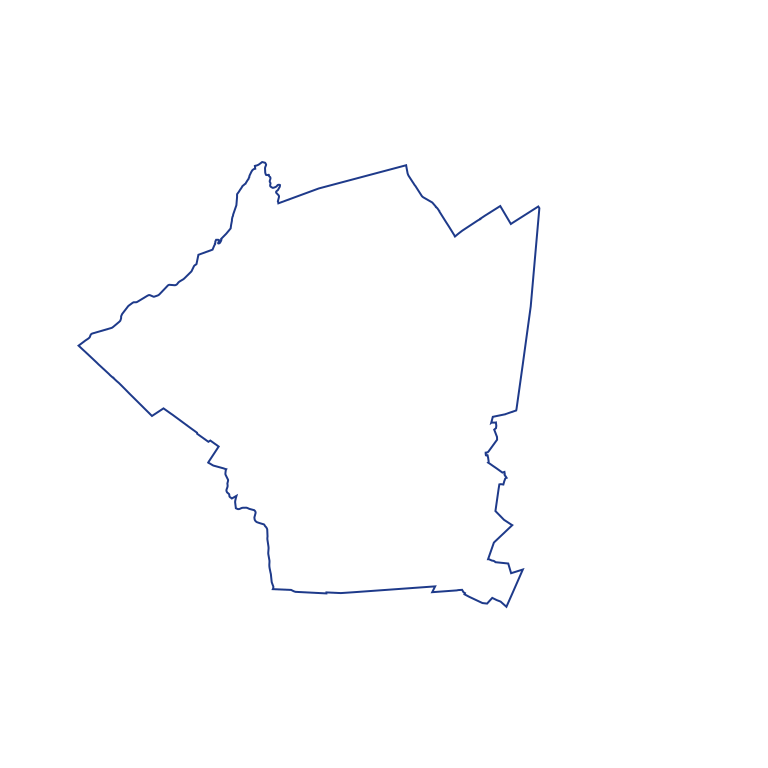 outline of Coevorden, Drenthe, Netherlands, rotated 145°
{"feature_id": "6326949B84902170380829", "entity_name": "Coevorden", "entity_type": "district", "adm_level": 2, "iso_a3": "NLD", "parent_name": "Netherlands", "parent_adm1": "Drenthe", "projection": "equal_earth", "projection_center": [6.762, 52.753], "detail": "fine", "context": "isolated", "style": "outline", "palette": "blue", "viewbox_px": 768, "rotation_deg": 145, "n_neighbors": 0, "source": "geoboundaries", "source_scale": "gbopen_adm2", "svg_char_len": 5986}
<svg xmlns="http://www.w3.org/2000/svg" viewBox="0 0 768 768"><g transform="rotate(145 384 384)"><path d="M240.4,550.5L325.3,581.6L366.9,592.6L366.6,593.2L366.4,593.6L366.2,594.5L363.0,597.2L362.4,597.9L362.2,598.4L362.1,599.0L362.5,601.8L362.6,602.3L362.5,602.8L362.3,603.1L362.0,603.4L361.4,603.6L359.8,603.7L359.2,603.9L357.9,604.6L356.7,605.1L356.0,605.6L355.1,606.6L355.2,606.9L355.6,607.3L356.2,607.7L356.7,607.9L357.3,607.9L358.7,607.5L359.1,607.5L360.9,607.8L362.1,608.2L362.5,608.4L362.8,608.7L363.6,610.5L363.7,611.0L363.6,611.6L363.4,611.9L362.8,612.6L362.2,613.1L362.0,613.3L361.7,614.0L361.6,615.2L361.3,615.6L360.9,616.1L359.3,617.3L358.9,617.8L358.6,618.5L358.6,618.9L358.8,619.6L358.9,620.0L358.8,620.3L358.7,620.7L358.4,621.2L358.4,621.4L358.6,621.6L359.7,622.0L360.2,622.4L360.7,623.0L360.6,623.6L360.1,625.2L357.7,629.0L357.0,629.7L355.3,630.8L354.9,631.1L354.7,631.4L354.6,632.0L354.5,633.2L354.5,633.4L354.8,633.8L356.5,635.7L359.8,635.6L361.0,635.6L362.5,635.9L363.5,636.2L364.0,636.5L364.7,636.7L366.0,634.2L367.0,634.6L367.5,634.7L368.6,634.7L369.3,634.6L370.9,633.9L374.5,631.9L374.7,631.7L375.3,631.3L375.8,630.6L377.0,630.1L377.3,629.7L377.8,629.5L378.3,629.4L379.6,628.9L380.4,628.5L381.5,628.1L382.5,627.5L383.2,627.6L385.0,627.4L386.5,627.3L387.0,627.0L389.3,626.0L389.8,625.9L392.9,624.6L395.1,623.9L395.5,623.7L396.1,622.9L397.0,621.6L398.4,619.9L402.4,615.1L410.4,609.3L411.2,608.4L412.4,607.7L414.2,606.0L414.9,605.0L418.0,602.0L420.4,599.4L427.0,597.6L434.0,596.3L434.0,596.0L434.2,595.7L435.1,594.9L436.4,594.2L437.7,593.7L438.1,593.7L438.9,594.0L439.1,594.2L439.1,594.5L438.1,595.2L437.2,595.4L436.5,595.8L436.3,596.0L436.9,596.5L437.0,597.1L437.3,597.4L438.8,598.4L439.4,598.1L440.5,597.4L441.1,596.5L442.1,595.9L442.1,595.5L443.6,594.8L447.4,592.4L461.9,596.3L468.4,590.2L468.6,589.9L469.7,589.7L471.0,589.8L471.9,589.6L472.3,589.4L477.1,586.7L487.1,585.0L488.2,584.9L492.2,585.2L493.2,585.2L494.2,585.1L496.1,584.5L496.8,584.4L497.7,584.5L498.6,584.8L499.1,585.2L502.7,588.2L503.0,588.4L503.5,588.6L504.1,588.7L504.9,588.6L516.9,586.2L517.8,586.2L518.6,586.3L521.7,587.2L522.1,587.3L522.6,587.6L522.9,588.0L524.7,590.9L525.3,591.5L525.9,591.8L526.6,591.9L527.2,592.0L539.0,592.8L539.5,592.9L540.1,593.1L542.1,594.5L542.7,594.6L543.2,594.7L547.9,594.6L548.9,594.5L557.2,591.9L558.2,591.6L560.1,590.5L560.7,590.0L561.3,589.1L561.8,588.5L563.3,587.4L563.7,587.1L564.1,587.0L565.2,586.8L573.3,586.1L574.6,586.1L575.6,586.4L593.8,592.6L594.6,592.8L595.1,592.8L595.9,592.6L596.5,592.3L597.9,591.3L598.6,591.0L599.3,590.9L600.2,590.8L603.6,590.9L612.2,590.6L608.6,573.8L607.0,566.0L606.6,563.8L603.6,550.1L603.3,548.2L602.5,545.0L602.2,544.8L602.0,544.3L602.2,544.0L601.3,539.7L600.6,537.0L599.7,532.0L598.0,521.9L592.4,490.9L578.6,490.5L575.3,481.2L575.0,480.5L568.1,460.0L565.1,451.3L565.6,450.4L561.0,437.4L558.7,437.3L555.3,427.6L558.8,426.2L561.3,425.2L571.9,421.0L572.1,420.9L573.1,420.5L573.1,420.3L572.0,418.2L571.6,417.2L570.8,415.5L570.6,415.1L563.8,406.9L562.9,405.6L562.1,404.7L562.5,404.5L563.2,404.0L564.8,402.2L565.6,401.2L565.9,400.2L566.0,399.5L566.6,395.6L566.7,395.0L566.9,394.6L567.9,393.6L569.4,392.3L570.1,390.9L570.5,390.3L571.0,389.7L571.6,389.2L573.6,387.8L574.2,387.1L574.4,386.7L574.6,385.9L574.7,385.2L574.1,382.9L574.1,382.5L574.3,382.0L575.0,380.7L575.1,380.3L575.0,379.6L574.8,378.9L574.6,378.6L574.3,377.5L569.0,377.0L570.6,375.7L571.6,374.8L572.6,373.9L573.6,372.8L573.9,372.3L576.6,367.2L575.6,365.5L575.0,365.0L574.5,364.7L574.0,364.5L572.4,364.2L571.5,364.0L571.0,363.8L570.0,363.2L567.8,361.7L567.1,360.9L565.9,358.9L563.2,355.7L562.7,355.1L562.6,354.5L562.5,353.8L562.6,353.1L562.8,352.5L563.4,351.8L565.8,349.8L566.2,349.5L566.9,348.8L567.1,348.3L567.5,347.6L567.8,346.7L567.9,346.0L567.8,345.4L567.7,344.6L567.5,344.0L567.2,343.5L565.6,341.3L563.3,338.4L562.9,337.9L562.8,337.4L562.8,337.1L562.9,336.0L562.9,335.6L562.7,334.4L562.7,333.8L562.8,332.8L563.1,331.8L566.1,327.1L566.8,326.0L568.0,324.6L568.6,323.7L571.8,317.3L572.3,316.4L572.8,315.6L575.5,312.3L576.2,311.3L579.2,304.9L579.9,303.9L581.7,301.6L582.7,300.0L583.4,298.6L585.1,294.7L585.7,293.2L589.2,286.9L589.7,285.9L590.6,282.5L590.8,281.6L591.2,281.0L592.2,280.0L592.7,279.7L578.2,268.6L577.3,266.9L576.6,265.7L575.7,264.5L551.3,245.5L550.7,246.3L539.3,237.5L528.9,231.2L458.2,188.9L463.9,185.8L442.8,173.2L441.4,172.6L438.1,170.6L438.3,167.9L437.6,166.2L438.7,165.6L436.2,160.7L429.0,148.1L425.5,145.0L418.0,146.7L415.6,142.3L413.3,138.9L411.5,131.3L398.7,139.0L376.7,152.4L388.4,156.1L385.2,165.7L394.9,174.1L395.1,175.1L395.4,175.8L395.7,176.3L396.9,177.5L398.4,180.0L398.9,180.6L399.2,180.8L384.9,191.1L359.9,194.8L360.4,195.9L363.6,203.9L365.6,216.0L350.5,232.1L347.1,235.6L346.0,235.1L345.6,234.8L343.9,233.2L341.1,235.5L340.6,235.8L339.2,236.8L339.0,237.0L337.7,237.0L337.4,236.9L337.3,238.8L337.5,239.5L337.2,240.8L337.0,241.0L336.7,241.0L335.8,242.9L337.8,243.5L340.0,249.8L340.7,251.7L341.8,254.6L342.8,257.4L343.5,259.2L343.8,259.9L343.1,260.0L342.6,260.7L340.9,264.1L340.6,265.0L340.0,266.2L340.0,266.3L341.2,266.8L341.4,267.1L341.3,267.4L340.7,268.6L340.5,268.9L340.2,268.9L340.0,269.4L338.3,268.6L337.0,268.8L323.3,273.5L321.8,275.8L321.6,276.6L319.9,283.4L317.6,283.6L316.0,285.3L314.4,288.3L314.7,288.4L318.1,290.7L318.4,290.7L313.7,294.7L301.9,289.6L301.2,289.5L290.9,286.5L290.0,287.3L259.6,319.9L219.4,363.3L155.9,438.9L155.9,439.1L155.8,440.9L186.9,442.3L188.3,442.3L186.7,463.1L204.9,464.0L209.4,464.1L210.5,464.2L210.6,463.8L212.4,464.1L214.0,464.2L231.9,464.7L234.4,464.6L236.7,464.5L239.1,464.3L241.3,464.1L241.3,464.6L241.1,464.9L241.0,467.0L240.5,475.9L240.3,481.3L239.7,493.5L239.5,493.9L239.6,494.0L239.5,495.4L239.5,497.2L239.6,497.9L239.8,498.5L239.7,498.5L240.2,503.6L240.3,504.5L240.4,505.1L244.7,514.3L245.0,515.1L245.2,516.2L244.7,528.3L244.8,529.1L244.8,529.8L244.7,531.7L244.7,532.6L244.4,540.7L244.3,541.2L244.1,542.1L243.9,542.9L240.9,549.5L240.4,550.5Z" fill="none" stroke="#1e3a8a" stroke-width="2"/></g></svg>